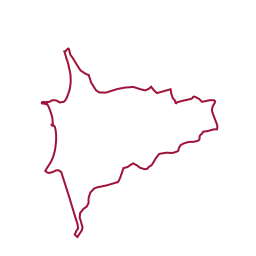 outline of Maldonado, Maldonado, Uruguay, rotated 75°
{"feature_id": "84410073B43409820231729", "entity_name": "Maldonado", "entity_type": "district", "adm_level": 2, "iso_a3": "URY", "parent_name": "Uruguay", "parent_adm1": "Maldonado", "projection": "albers", "projection_center": [-55.013, -34.833], "detail": "fine", "context": "isolated", "style": "outline", "palette": "rose", "viewbox_px": 256, "rotation_deg": 75, "n_neighbors": 0, "source": "geoboundaries", "source_scale": "gbopen_adm2", "svg_char_len": 3961}
<svg xmlns="http://www.w3.org/2000/svg" viewBox="0 0 256 256"><g transform="rotate(75 128 128)"><path d="M37.5,169.7L40.5,169.5L41.2,169.6L42.7,169.4L43.4,169.4L44.3,169.5L44.7,169.5L45.0,169.6L45.4,169.4L45.6,169.4L46.6,169.3L46.9,169.3L47.1,169.2L47.4,169.2L47.6,169.2L50.1,169.2L50.3,169.2L50.5,169.2L50.9,169.1L51.1,169.1L51.3,169.1L51.5,169.2L52.0,169.2L52.2,169.3L52.5,169.3L53.0,169.4L53.4,169.3L53.7,169.2L54.1,169.3L54.4,169.4L54.8,169.4L55.2,169.4L55.5,169.4L55.9,169.4L58.8,169.5L62.2,169.9L64.9,170.5L67.4,171.1L68.5,171.4L68.9,171.5L69.4,171.7L70.2,172.0L70.8,172.2L71.2,172.4L74.6,173.8L75.1,174.2L75.9,174.5L76.3,174.8L76.9,175.1L78.0,175.8L79.1,176.6L79.5,176.9L80.8,177.8L81.2,178.0L81.8,178.5L82.3,178.9L82.6,179.0L82.8,179.3L83.0,179.4L83.8,180.1L84.2,180.6L84.5,180.8L84.7,181.0L85.1,181.6L86.0,183.0L86.1,184.1L85.8,185.1L85.8,187.0L84.7,188.5L84.1,188.7L83.8,188.9L83.6,189.2L83.3,189.7L82.9,190.2L82.6,190.8L82.2,191.5L82.1,192.3L81.7,193.6L81.7,195.0L82.0,195.6L82.3,196.6L82.2,196.9L82.4,197.4L82.1,198.6L81.9,199.2L82.1,199.4L81.8,200.0L82.0,200.2L81.9,200.3L82.0,200.4L81.7,200.7L81.7,201.0L81.6,201.5L81.4,201.9L81.2,202.4L81.3,202.5L81.0,202.6L80.8,203.3L80.9,203.7L80.9,203.9L81.0,204.0L80.9,204.2L81.0,204.4L81.0,204.6L81.3,204.7L81.5,204.8L81.7,204.6L81.9,204.6L81.9,204.3L82.1,204.2L82.0,203.8L81.9,203.4L82.0,203.3L82.4,203.4L82.6,203.1L82.4,203.0L82.5,202.9L82.6,202.7L82.8,202.4L82.8,202.2L83.0,202.2L83.3,201.7L83.5,200.9L83.8,200.8L84.0,200.3L83.9,200.1L84.1,200.0L84.3,200.1L84.4,199.8L84.4,199.7L87.5,199.1L90.7,198.7L94.0,198.5L97.2,198.4L101.1,198.8L101.7,199.1L102.4,199.2L102.8,199.2L103.1,199.2L103.8,199.3L104.4,199.5L104.6,199.6L104.8,199.8L105.0,200.1L104.9,200.3L104.9,200.6L104.9,200.8L105.0,201.0L105.4,201.0L105.6,201.0L105.7,200.8L105.8,200.7L106.0,200.6L106.2,200.3L106.3,200.1L106.1,200.1L106.1,199.9L106.1,199.6L106.3,199.6L106.5,199.4L106.9,199.0L107.0,198.9L107.1,198.6L107.5,198.5L108.6,198.4L109.9,198.4L110.4,198.4L111.6,198.5L113.4,198.8L115.0,199.0L116.4,199.3L117.5,199.6L118.5,199.8L120.8,200.5L123.0,201.2L125.6,202.2L126.7,202.7L128.1,203.2L129.6,203.9L130.1,204.1L130.6,204.3L130.8,204.4L131.1,204.6L131.6,204.9L132.2,205.2L132.7,205.5L133.7,206.1L134.9,206.8L136.7,207.9L137.3,208.4L138.0,209.0L138.6,209.4L139.1,209.8L139.5,210.1L139.9,210.5L140.3,210.8L140.7,211.3L141.8,212.3L142.1,212.6L142.5,213.0L142.8,213.3L142.9,213.5L143.2,213.8L143.5,214.2L143.8,214.5L144.5,215.3L144.8,215.6L145.2,216.0L145.6,216.5L146.1,217.0L146.3,217.3L146.7,217.7L147.2,218.2L147.6,218.6L148.0,219.0L150.0,217.6L151.1,215.5L151.0,211.6L150.3,208.6L150.8,206.2L153.1,203.9L180.6,202.6L200.4,202.0L207.7,201.6L212.1,202.2L214.3,204.8L217.2,207.0L218.1,206.4L220.2,205.1L215.1,199.3L212.2,197.6L201.7,197.8L197.7,196.2L194.6,192.0L193.2,188.2L190.1,185.4L188.5,185.1L185.0,184.0L180.5,181.0L177.8,176.6L177.3,173.2L177.9,163.7L177.6,151.5L174.3,148.6L165.6,142.8L165.6,138.6L164.3,135.0L163.5,132.2L166.3,129.1L169.5,126.7L172.0,122.8L172.4,120.7L172.1,119.4L171.1,118.4L170.4,116.0L169.6,114.3L164.4,108.9L161.2,104.7L161.2,103.1L161.9,96.8L163.0,93.8L163.7,90.6L163.4,86.7L163.0,85.3L160.7,84.2L158.4,81.9L157.4,78.8L157.2,75.7L157.2,72.8L158.2,68.7L158.5,65.3L158.3,63.1L157.2,61.8L154.4,60.9L153.2,59.3L152.4,57.7L151.0,56.3L151.4,53.7L151.6,50.0L151.5,45.4L152.0,43.6L152.3,42.4L150.7,41.6L148.2,41.1L146.1,41.3L139.3,42.0L134.4,42.4L132.5,42.3L129.9,41.1L128.4,40.0L127.3,38.9L126.1,37.6L124.7,37.0L123.5,37.7L122.3,41.7L121.9,49.7L118.3,51.8L114.8,55.7L114.8,56.9L116.2,58.9L116.1,63.6L115.8,69.0L115.9,73.9L116.6,75.1L115.9,75.7L114.1,75.4L110.7,77.0L106.6,77.3L101.6,76.9L101.8,91.0L98.3,93.2L94.1,95.0L95.5,97.5L96.1,101.6L94.1,105.4L89.7,112.3L88.1,120.9L87.6,128.4L88.1,140.2L86.3,146.4L83.4,149.1L74.4,151.9L66.5,152.2L66.4,152.8L64.6,155.0L60.1,159.0L53.4,161.1L46.0,163.3L42.0,164.8L36.8,164.6L35.8,165.1L36.4,166.8L37.6,168.2L37.5,169.7Z" fill="none" stroke="#9f1239" stroke-width="2"/></g></svg>